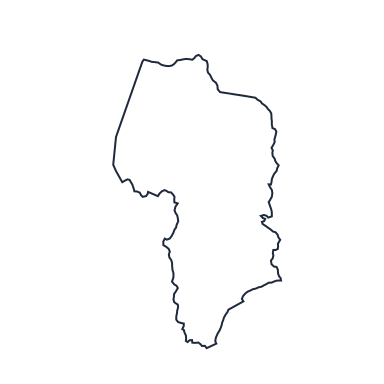 the district of Timbó Grande, Santa Catarina, Brazil, rotated 43°
{"feature_id": "56859067B65856130314873", "entity_name": "Timbó Grande", "entity_type": "district", "adm_level": 2, "iso_a3": "BRA", "parent_name": "Brazil", "parent_adm1": "Santa Catarina", "projection": "robinson", "projection_center": [-50.629, -26.64], "detail": "fine", "context": "isolated", "style": "outline", "palette": "slate", "viewbox_px": 384, "rotation_deg": 43, "n_neighbors": 0, "source": "geoboundaries", "source_scale": "gbopen_adm2", "svg_char_len": 3080}
<svg xmlns="http://www.w3.org/2000/svg" viewBox="0 0 384 384"><g transform="rotate(43 192 192)"><path d="M289.1,166.8L286.3,166.3L283.5,164.8L280.5,164.5L278.1,165.7L274.8,165.8L271.7,166.3L269.5,166.5L267.6,166.9L265.5,167.2L263.5,166.2L264.6,164.1L263.9,161.8L261.5,162.7L258.7,162.5L260.3,159.7L262.7,158.6L265.2,158.7L267.0,155.4L265.2,153.4L263.7,152.0L261.5,150.5L259.5,149.5L257.5,148.4L255.0,147.1L254.5,144.5L253.6,141.0L251.6,138.1L249.1,136.1L245.3,135.1L242.9,134.1L244.6,132.7L243.5,130.7L241.6,128.1L240.4,124.9L239.7,122.6L239.5,118.9L238.1,116.5L237.2,113.4L234.4,113.2L232.0,112.6L229.8,111.3L226.4,110.6L224.0,108.5L222.8,106.5L220.1,105.5L219.3,101.9L218.4,99.1L216.4,97.3L214.4,93.4L212.5,90.3L209.8,89.4L207.3,90.4L204.0,87.9L202.2,85.8L200.2,84.2L198.1,82.1L196.4,80.5L193.6,79.6L190.6,79.5L188.5,78.9L185.5,79.1L182.8,79.5L180.3,79.0L177.1,79.8L174.1,79.8L167.4,84.2L144.4,99.8L140.7,99.3L138.1,96.9L135.1,95.8L131.1,96.1L128.6,95.3L125.2,94.0L122.4,93.8L120.0,92.3L118.0,89.6L116.3,87.9L113.5,86.2L109.1,87.7L106.0,86.8L103.3,87.3L102.1,89.9L102.4,92.5L102.0,95.1L99.3,96.8L97.0,98.6L95.3,100.7L93.5,103.3L91.4,105.8L91.6,108.3L91.6,110.8L91.0,113.3L89.6,115.3L87.5,117.2L85.2,118.6L83.2,119.7L81.3,120.1L79.0,120.4L76.2,122.4L73.7,124.3L71.0,125.5L68.3,127.0L66.5,128.0L66.8,130.5L98.9,203.6L115.8,225.8L121.8,228.4L134.3,232.4L135.2,229.5L136.1,226.9L138.1,225.7L140.6,226.5L143.2,227.2L145.2,228.3L147.1,229.3L149.4,230.8L151.3,229.2L154.3,228.1L157.1,229.1L159.2,229.2L161.2,226.3L160.9,223.7L159.8,221.9L169.9,218.3L169.3,215.4L169.5,211.9L170.7,209.3L172.6,208.6L174.8,208.3L176.9,206.6L179.9,206.8L182.4,207.4L184.4,209.9L186.2,211.6L189.3,210.1L189.9,214.0L191.8,217.4L194.7,218.7L196.9,219.1L199.2,220.6L201.9,222.8L203.2,226.6L204.6,228.9L204.8,231.2L206.1,234.4L207.1,237.8L207.5,241.2L206.1,244.0L203.9,244.6L204.8,247.8L207.3,250.4L210.4,249.7L213.7,249.5L216.4,250.7L217.7,253.5L220.1,255.3L223.1,255.9L225.7,257.4L228.3,260.0L231.0,262.4L233.2,263.6L234.9,265.1L236.8,267.4L238.5,271.2L242.1,271.7L244.6,271.1L247.1,271.9L248.0,275.6L248.5,278.9L250.2,280.9L251.7,283.2L254.1,284.7L256.5,284.4L258.4,284.0L260.4,285.7L262.0,288.7L263.8,291.1L265.4,293.8L267.6,296.1L270.5,296.6L273.6,295.1L275.7,293.8L277.4,295.7L278.4,298.9L280.3,298.5L282.1,299.8L285.4,301.1L287.6,303.1L289.1,305.1L291.2,304.7L291.3,302.1L293.0,300.3L295.0,302.0L297.2,300.2L299.3,297.8L302.2,297.5L304.4,297.8L306.3,295.7L309.2,296.2L313.2,286.3L310.7,285.2L308.9,282.4L307.4,278.4L306.6,274.5L305.6,271.6L304.4,269.0L303.0,266.7L302.2,264.4L301.1,262.3L300.2,258.8L299.8,255.6L298.9,253.2L304.2,236.9L301.4,236.2L300.3,233.3L300.2,230.0L300.6,227.1L301.9,224.1L302.8,221.6L304.5,219.2L305.7,216.3L307.5,213.7L308.3,211.0L309.3,208.4L309.9,206.1L312.0,204.0L313.1,201.4L314.3,199.2L315.8,197.6L317.5,196.0L315.4,194.5L313.2,194.3L310.5,192.9L307.8,190.3L304.9,189.1L302.9,190.6L299.5,190.6L296.5,188.3L296.3,185.5L294.7,182.8L292.9,181.7L291.0,178.9L292.6,177.5L293.6,175.2L292.3,173.3L290.1,171.2L289.1,166.8Z" fill="none" stroke="#1e293b" stroke-width="2"/></g></svg>